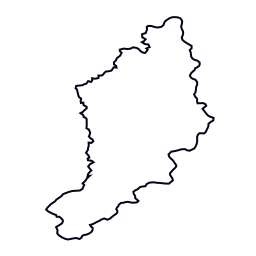 the district of Jordânia, Minas Gerais, Brazil, rotated 267°
{"feature_id": "56859067B86488338348138", "entity_name": "Jordânia", "entity_type": "district", "adm_level": 2, "iso_a3": "BRA", "parent_name": "Brazil", "parent_adm1": "Minas Gerais", "projection": "equal_earth", "projection_center": [-40.318, -15.874], "detail": "fine", "context": "isolated", "style": "outline", "palette": "ink", "viewbox_px": 256, "rotation_deg": 267, "n_neighbors": 0, "source": "geoboundaries", "source_scale": "gbopen_adm2", "svg_char_len": 3641}
<svg xmlns="http://www.w3.org/2000/svg" viewBox="0 0 256 256"><g transform="rotate(267 128 128)"><path d="M170.4,77.8L169.2,79.0L163.9,80.0L161.5,80.6L159.8,82.8L157.9,82.1L155.5,82.3L155.7,84.7L153.2,84.8L151.3,87.8L149.8,87.8L147.7,85.0L146.3,83.6L145.3,81.3L143.2,84.1L141.3,84.3L140.4,86.2L139.1,87.2L135.8,87.0L133.7,87.0L129.9,86.5L128.5,88.9L125.1,90.0L123.1,89.3L121.7,88.5L119.7,89.9L118.5,91.8L116.6,92.7L115.0,90.6L115.5,87.9L113.4,87.9L111.7,87.7L109.9,87.0L108.2,86.8L105.5,84.8L103.7,86.2L102.2,87.3L100.5,87.8L99.6,86.1L97.9,86.3L97.1,90.2L95.6,91.8L94.0,88.4L91.7,86.2L90.1,87.2L87.6,89.2L86.3,87.7L84.1,85.7L82.0,85.1L82.2,87.2L79.7,84.2L77.4,82.6L75.1,79.8L73.4,81.3L71.7,80.3L69.7,79.5L68.1,76.6L68.0,69.0L67.2,65.4L65.4,59.8L63.4,57.9L60.3,52.8L58.5,51.2L57.2,49.1L56.1,47.1L54.1,44.9L52.5,43.2L50.8,42.0L48.9,43.9L45.9,49.1L44.9,51.7L43.1,52.1L42.9,54.9L40.1,57.7L38.4,58.2L36.2,57.1L32.8,51.0L29.6,52.3L26.6,51.8L24.6,53.2L22.4,56.1L20.6,59.5L19.8,62.4L20.8,68.9L20.7,71.0L19.7,73.8L20.8,75.6L22.8,76.7L23.5,79.1L23.8,81.3L24.8,83.9L26.2,86.2L27.8,87.2L30.0,87.5L31.7,85.8L33.2,85.0L33.8,87.7L34.8,89.9L35.8,91.9L36.7,94.4L38.0,96.7L38.9,99.5L37.5,102.7L38.5,105.4L40.4,107.8L41.9,110.0L42.9,111.7L44.2,112.9L45.8,113.1L47.5,112.0L49.1,112.8L50.3,114.1L51.9,114.9L53.5,117.0L53.6,119.5L54.1,121.5L54.3,124.1L53.7,126.2L53.2,128.1L53.1,130.8L53.4,133.3L54.6,134.6L55.9,133.3L57.5,131.6L59.7,131.6L61.9,130.3L64.0,130.0L65.3,131.9L66.5,134.7L68.2,136.6L68.8,139.1L69.0,142.4L71.2,143.9L72.1,145.9L72.4,147.9L72.4,151.1L71.7,154.5L71.4,157.5L70.9,160.2L70.5,163.2L70.3,166.0L71.8,167.9L73.2,170.0L75.1,169.8L77.2,168.6L79.1,167.5L80.6,167.6L82.3,169.2L84.2,171.1L85.7,173.0L87.4,174.3L89.2,173.8L90.6,172.7L92.1,172.0L93.8,170.7L95.6,168.9L97.3,167.6L99.4,167.1L100.9,168.6L102.1,170.0L102.5,173.6L103.2,177.2L104.0,180.6L103.9,183.9L102.8,185.4L102.1,188.3L103.3,191.3L104.2,193.2L106.3,194.7L108.7,195.8L111.2,196.4L113.7,196.5L115.7,196.6L117.5,197.4L119.0,198.9L118.9,201.3L118.6,203.5L119.6,205.1L120.9,206.0L122.4,206.6L124.2,207.8L125.9,208.4L128.0,208.6L129.7,210.9L131.1,213.6L133.6,214.0L134.5,211.8L135.3,209.9L136.5,208.4L137.7,207.3L139.2,206.3L141.3,204.8L143.2,203.5L144.6,205.2L146.1,207.3L147.7,206.6L148.9,204.4L149.0,201.6L149.0,198.8L150.8,198.4L153.6,198.5L155.7,196.8L158.1,195.8L160.1,197.2L162.2,197.8L165.3,198.2L167.8,199.4L170.3,199.4L172.8,197.8L173.6,195.5L174.9,193.6L177.1,192.5L179.5,194.0L181.1,195.8L182.4,197.6L184.2,198.2L184.9,200.1L186.3,202.3L188.0,203.0L189.8,202.9L191.6,200.9L192.7,197.8L193.9,196.1L195.8,194.9L198.0,194.7L200.1,194.6L202.5,193.7L204.3,195.7L206.7,195.8L208.2,193.4L210.0,190.7L211.4,188.8L213.0,187.1L215.5,186.4L217.2,187.3L219.7,188.1L222.2,187.8L224.0,186.9L226.6,186.4L229.4,187.3L231.5,187.7L233.2,187.2L234.9,185.9L235.9,183.4L236.3,180.5L236.3,178.0L235.4,175.0L234.0,172.7L232.8,170.8L231.0,169.6L229.0,168.9L227.2,166.4L226.8,163.2L227.3,160.2L228.6,156.9L228.9,153.6L228.0,152.0L225.7,152.2L221.9,150.7L220.9,146.9L217.9,147.0L215.7,150.2L213.8,148.4L213.0,146.4L210.9,149.3L210.4,152.7L207.7,153.8L206.4,150.5L205.1,151.7L203.7,150.7L202.0,148.9L202.8,146.2L204.4,144.3L206.5,142.6L207.6,140.4L208.3,137.2L207.1,134.7L206.9,131.6L207.5,127.9L206.7,123.9L205.1,123.9L203.5,125.6L200.6,123.9L198.3,120.5L196.1,119.5L194.4,117.4L192.2,117.4L190.6,119.4L188.9,119.7L189.4,116.9L186.2,114.5L185.7,111.9L185.5,108.7L183.9,106.9L182.3,105.6L181.7,103.6L182.0,101.3L179.4,101.1L178.9,97.4L179.6,94.8L177.4,94.7L175.9,93.5L176.9,90.7L174.4,88.6L174.0,86.5L173.1,84.8L172.9,80.8L172.7,78.4L170.4,77.8Z" fill="none" stroke="#020617" stroke-width="2"/></g></svg>